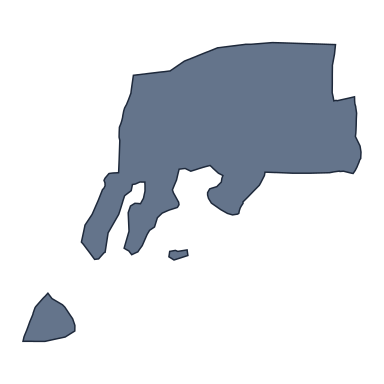 the district of Al Qanawis, Al Hudaydah, Yemen
{"feature_id": "15242507B48405542462206", "entity_name": "Al Qanawis", "entity_type": "district", "adm_level": 2, "iso_a3": "YEM", "parent_name": "Yemen", "parent_adm1": "Al Hudaydah", "projection": "orthographic", "projection_center": [43.073, 15.421], "detail": "fine", "context": "isolated", "style": "filled", "palette": "slate", "viewbox_px": 384, "rotation_deg": 0, "n_neighbors": 0, "source": "geoboundaries", "source_scale": "gbopen_adm2", "svg_char_len": 3766}
<svg xmlns="http://www.w3.org/2000/svg" viewBox="0 0 384 384"><path d="M335.5,44.6L311.5,43.8L310.3,43.8L283.3,42.9L272.3,42.6L250.9,44.3L247.5,44.3L245.5,44.3L244.3,44.5L217.6,47.8L207.7,51.8L206.8,52.1L197.6,55.8L196.0,56.5L184.4,61.1L171.3,70.1L170.0,71.0L169.5,71.0L167.2,71.3L166.4,71.4L164.1,71.7L160.9,72.0L133.4,75.3L131.4,89.2L130.9,93.3L130.8,93.5L128.5,99.7L128.2,100.4L126.5,104.6L125.8,105.8L124.6,108.0L123.9,110.4L123.7,111.0L123.2,113.7L122.9,115.1L122.5,117.8L121.9,120.2L121.8,120.7L120.8,123.8L119.4,127.2L119.4,127.5L119.2,132.0L119.1,136.2L119.1,137.3L119.8,140.4L119.1,160.9L118.6,172.7L115.1,172.9L114.7,172.9L112.8,173.0L109.7,173.4L108.9,173.6L105.1,178.1L104.5,179.3L104.0,180.4L105.0,182.9L105.0,183.8L105.1,185.8L104.0,188.0L103.7,188.5L103.2,189.0L102.6,189.4L98.4,200.0L97.5,202.1L95.6,206.4L93.7,210.8L92.6,213.3L92.1,214.4L85.0,225.1L84.2,229.1L81.4,242.1L83.5,244.5L86.5,248.5L87.0,249.2L87.2,249.4L90.2,253.4L94.6,259.4L95.3,259.3L96.0,259.2L98.6,258.9L100.6,256.6L104.1,252.7L104.8,252.4L105.1,252.3L108.1,232.9L118.7,214.4L120.0,210.5L122.6,202.1L122.9,201.0L124.6,195.8L125.4,195.1L129.9,191.7L131.2,190.7L131.5,189.2L132.0,186.7L132.1,186.2L132.3,185.2L132.4,184.5L135.4,184.0L139.9,182.0L144.9,182.1L144.9,183.7L145.0,185.1L145.0,190.9L145.0,191.1L143.5,198.1L143.4,198.4L140.5,203.7L140.4,203.7L137.0,203.4L136.6,203.4L134.9,203.3L130.5,206.0L128.2,212.7L129.0,230.9L129.0,231.3L127.8,235.4L124.1,248.2L126.2,249.5L128.8,250.9L131.7,254.7L135.9,252.7L136.8,252.3L137.8,251.9L138.2,251.3L139.5,249.4L142.2,245.7L147.1,234.5L148.1,232.8L149.6,230.3L154.5,227.0L155.9,222.5L157.4,217.7L158.8,216.4L159.6,215.6L162.2,213.1L168.1,210.5L169.4,210.0L169.8,209.8L170.3,209.7L176.6,207.7L177.4,207.4L178.5,205.6L179.0,204.7L178.6,202.1L178.1,201.3L174.2,194.2L173.5,193.0L172.4,189.9L174.6,184.5L176.4,180.3L176.5,180.1L177.7,174.9L179.1,169.2L183.0,168.7L185.2,168.5L190.8,171.2L191.7,170.9L192.7,170.6L195.9,169.6L198.9,168.6L199.6,168.4L200.2,168.2L202.2,167.6L203.4,167.2L204.0,167.1L204.9,166.8L208.0,166.0L210.1,165.5L212.5,167.7L212.8,168.1L218.4,173.2L222.9,175.5L222.6,176.4L221.9,178.3L221.3,182.1L220.1,183.3L218.0,185.4L216.9,186.6L214.7,187.3L211.7,188.2L209.7,188.9L208.0,191.9L207.6,192.6L207.6,195.0L208.5,198.4L211.4,203.1L220.7,209.6L227.4,213.4L232.5,214.9L237.7,214.1L238.9,213.2L239.0,212.3L239.2,211.3L239.3,210.8L240.2,208.0L241.4,205.8L241.9,205.1L242.2,204.6L242.9,203.6L243.0,203.5L243.0,201.9L244.3,200.6L248.2,196.7L253.4,191.3L259.3,185.3L260.5,183.2L264.4,175.6L265.0,172.2L267.1,172.2L274.5,172.5L275.9,172.5L285.7,172.9L292.9,173.2L309.8,173.2L329.7,172.7L333.7,171.9L339.4,171.1L339.9,171.5L343.5,171.2L350.7,173.0L353.1,173.5L355.2,170.5L357.0,167.0L358.2,164.0L358.8,162.7L359.8,159.7L360.7,158.6L361.0,152.1L360.2,146.9L360.0,145.9L355.4,136.5L355.8,133.3L356.0,130.1L356.2,124.8L356.3,119.1L356.6,113.2L355.7,106.9L355.7,106.5L354.9,103.9L354.7,101.7L354.6,100.3L354.6,98.8L354.5,96.8L348.0,98.3L337.2,100.7L336.1,100.4L333.8,100.8L333.8,100.7L333.1,96.8L332.2,92.8L332.2,90.9L332.3,83.6L332.3,75.0L332.4,67.1L332.4,65.2L332.6,64.3L333.0,62.2L334.5,54.1L335.5,44.6ZM23.0,341.3L24.7,341.3L31.7,341.3L34.7,341.4L44.9,341.4L54.9,339.2L65.2,337.0L69.8,334.1L74.8,331.0L74.9,325.6L74.6,324.5L73.2,320.4L73.0,319.8L72.7,318.9L72.4,318.4L70.0,314.9L64.8,307.1L62.5,304.8L62.2,304.6L52.0,298.6L47.9,293.2L46.6,294.6L45.3,296.1L43.6,297.7L42.7,298.7L42.5,298.9L41.2,300.4L39.5,302.3L36.1,306.2L35.7,306.7L35.1,307.6L34.9,308.1L33.2,312.9L32.8,314.6L30.5,320.1L29.9,321.5L28.0,326.8L26.7,330.3L24.9,334.6L24.0,336.9L23.0,341.3ZM187.1,249.9L177.8,251.4L175.4,250.4L169.8,251.4L169.7,251.4L168.9,256.8L174.0,260.0L187.9,255.5L187.4,252.0L187.1,249.9Z" fill="#64748b" stroke="#1e293b" stroke-width="1.5"/></svg>